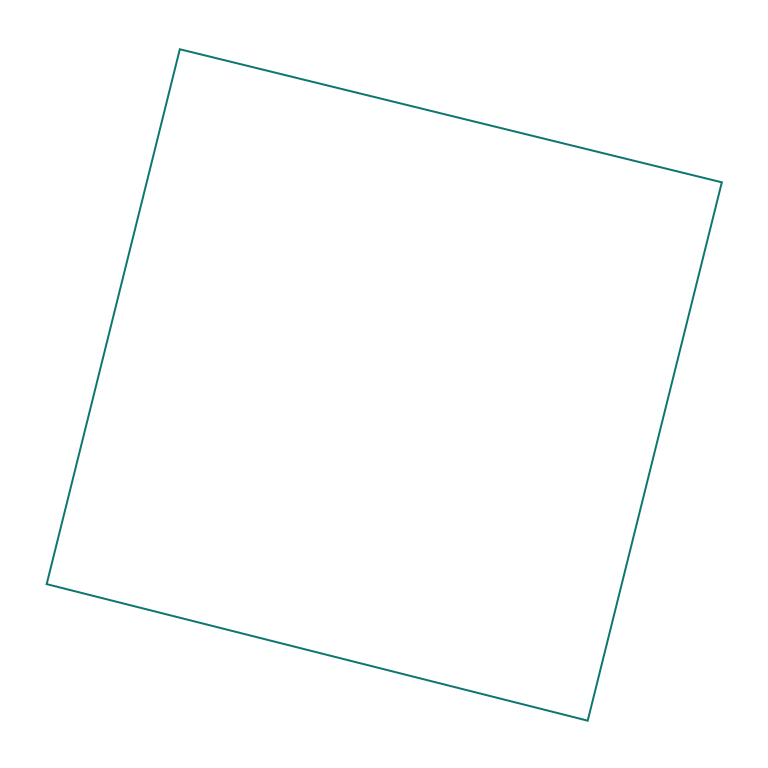 Clay, Nebraska, United States of America (Albers equal-area conic projection), rotated 284°
{"feature_id": "52423323B24655364564694", "entity_name": "Clay", "entity_type": "district", "adm_level": 2, "iso_a3": "USA", "parent_name": "United States of America", "parent_adm1": "Nebraska", "projection": "albers", "projection_center": [-98.019, 40.524], "detail": "fine", "context": "isolated", "style": "outline", "palette": "teal", "viewbox_px": 768, "rotation_deg": 284, "n_neighbors": 0, "source": "geoboundaries", "source_scale": "gbopen_adm2", "svg_char_len": 250}
<svg xmlns="http://www.w3.org/2000/svg" viewBox="0 0 768 768"><g transform="rotate(284 384 384)"><path d="M658.2,104.9L108.2,105.1L106.6,663.1L112.1,663.1L661.4,663.0L659.4,104.9L658.2,104.9Z" fill="none" stroke="#0f766e" stroke-width="2"/></g></svg>